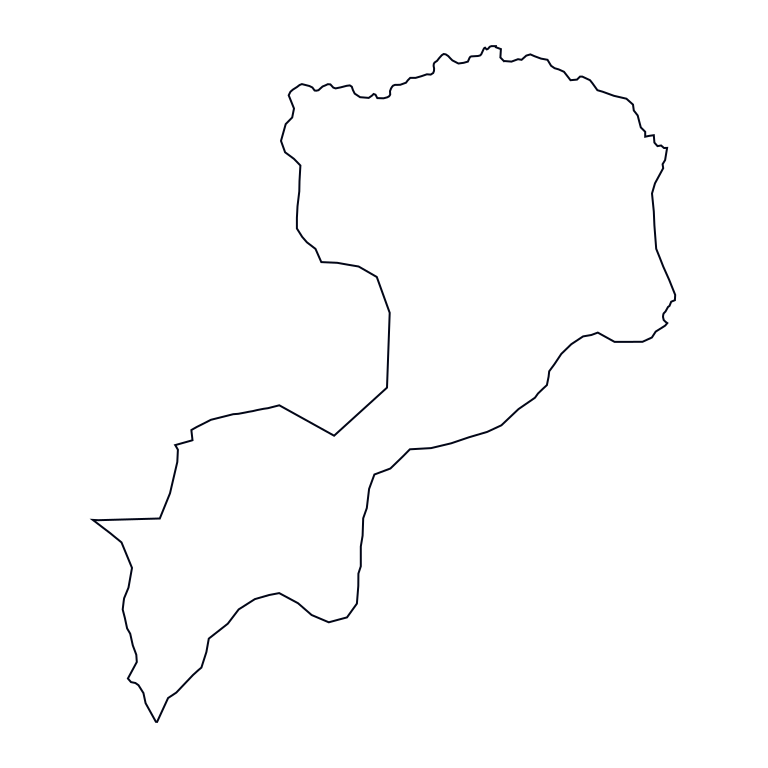 Magama, Niger, Nigeria
{"feature_id": "59680162B40491222708573", "entity_name": "Magama", "entity_type": "district", "adm_level": 2, "iso_a3": "NGA", "parent_name": "Nigeria", "parent_adm1": "Niger", "projection": "orthographic", "projection_center": [4.963, 10.29], "detail": "fine", "context": "isolated", "style": "outline", "palette": "ink", "viewbox_px": 768, "rotation_deg": 0, "n_neighbors": 0, "source": "geoboundaries", "source_scale": "gbopen_adm2", "svg_char_len": 3542}
<svg xmlns="http://www.w3.org/2000/svg" viewBox="0 0 768 768"><path d="M92.8,519.9L94.0,520.8L103.4,528.0L110.5,533.4L114.0,536.3L121.5,542.4L132.0,567.9L128.5,587.6L124.1,598.3L123.7,601.1L122.7,609.5L124.9,618.1L127.1,628.4L130.2,633.7L132.8,645.4L135.1,651.5L136.3,654.8L136.8,662.0L133.2,668.7L127.9,678.5L131.0,682.1L135.4,683.0L138.5,685.2L143.2,692.7L143.4,692.9L145.6,703.2L155.9,721.8L157.1,721.9L168.1,698.0L176.3,692.6L193.0,675.0L198.4,670.1L201.4,667.6L206.4,652.0L208.8,638.6L227.8,623.7L238.7,609.4L254.9,599.1L269.2,595.0L279.2,593.1L298.0,603.2L311.6,615.0L328.8,622.3L339.1,619.5L347.0,617.4L356.9,603.6L358.3,586.0L358.4,574.1L358.4,573.6L360.8,566.3L360.8,546.5L362.6,535.7L363.2,518.3L366.8,508.1L369.1,488.9L374.4,474.5L390.4,468.5L402.8,456.5L409.9,449.3L431.1,448.1L451.2,443.3L468.9,437.3L487.2,431.9L501.4,425.3L518.5,409.1L535.0,397.7L538.0,393.5L543.1,388.6L546.9,385.1L548.6,376.7L549.2,371.3L554.5,364.1L561.3,353.9L571.3,344.2L583.1,336.4L591.3,335.0L597.8,332.6L614.6,341.9L642.5,341.8L651.9,337.5L655.7,331.6L665.2,325.6L667.3,323.1L665.5,321.8L663.7,320.0L663.0,316.9L663.2,315.0L663.6,313.5L665.5,311.5L668.0,307.0L669.5,305.9L671.2,301.7L674.9,300.2L675.2,294.9L669.2,279.9L663.3,266.7L659.7,257.5L656.2,248.8L654.4,225.4L653.8,211.5L652.0,193.5L655.0,183.3L663.2,168.2L662.6,164.2L665.1,160.1L667.1,147.9L664.0,148.0L661.1,145.5L657.5,146.1L654.4,142.6L653.8,135.2L649.0,135.9L645.2,136.7L645.2,131.8L640.8,127.4L639.0,120.6L637.7,115.5L633.8,110.5L633.0,104.6L626.4,98.7L613.9,95.8L602.6,91.7L597.4,90.2L592.4,83.2L590.0,80.2L582.3,76.6L580.0,76.6L577.0,79.6L570.5,80.2L568.2,77.2L564.0,71.8L558.7,69.4L554.6,68.2L551.1,65.8L547.5,59.8L541.0,58.6L534.5,56.2L530.4,54.4L526.3,55.6L521.6,59.8L518.0,59.2L511.5,61.6L504.0,61.0L503.9,61.1L500.4,57.5L500.9,49.1L495.8,47.2L495.9,46.1L495.6,46.1L491.5,46.1L489.7,46.8L488.4,48.4L488.0,48.8L486.8,49.4L486.2,48.9L485.9,48.7L485.1,47.7L484.5,47.9L483.9,48.6L483.6,49.2L483.4,49.6L481.2,54.4L481.1,54.5L480.0,55.5L477.9,56.0L471.3,56.4L470.3,56.8L469.4,58.1L469.2,58.6L467.9,61.6L463.7,62.8L458.5,63.5L457.6,63.1L455.9,62.2L452.4,60.4L450.3,58.3L448.3,56.1L445.8,54.4L443.7,54.0L441.8,55.2L439.1,58.2L437.1,60.8L434.5,62.6L434.1,63.4L433.8,63.9L433.6,65.9L434.1,68.4L434.0,70.9L433.2,73.0L430.7,74.6L426.9,74.3L421.4,76.2L415.5,77.9L410.2,77.9L407.8,80.3L406.0,82.7L400.2,84.8L394.9,84.9L393.0,85.7L392.0,86.9L390.9,88.7L390.9,88.9L390.0,91.1L390.2,94.6L389.8,95.3L389.1,96.3L387.3,97.3L383.6,98.3L377.3,98.1L375.5,94.7L373.6,94.0L372.0,95.6L368.7,97.9L364.0,97.5L360.1,97.2L354.7,93.6L352.9,90.0L351.8,86.7L349.8,85.4L346.7,85.8L340.9,87.3L335.6,88.4L333.3,87.6L330.4,84.4L327.8,84.2L325.5,85.3L322.6,86.5L320.0,88.8L318.5,90.2L316.3,90.7L314.6,90.5L312.4,87.5L309.4,86.0L301.9,84.1L299.6,85.0L297.0,87.0L292.9,89.6L290.5,91.7L290.1,92.4L288.7,95.3L294.0,108.5L292.2,117.5L291.9,117.8L291.0,118.7L285.7,124.1L285.6,124.5L281.0,140.9L285.1,152.3L294.0,158.9L300.4,165.5L299.5,181.2L299.3,191.3L297.5,206.3L297.2,212.3L296.9,217.7L296.9,228.5L302.2,236.9L306.9,242.3L315.5,248.9L321.3,262.1L337.2,262.8L347.9,264.7L358.6,266.5L376.8,277.0L389.7,312.8L387.0,387.6L386.6,388.0L334.1,435.7L279.3,405.3L267.9,408.2L263.6,408.8L257.0,410.1L252.8,411.1L248.7,411.8L245.3,412.5L238.4,413.8L233.2,414.2L226.9,415.8L218.5,417.9L210.9,419.8L201.9,424.4L196.7,427.0L191.4,430.0L191.4,430.5L192.5,440.2L192.0,440.4L175.2,445.1L175.6,445.7L177.9,449.7L177.3,462.0L170.0,493.3L159.8,518.5L159.7,518.5L98.3,520.2L92.8,519.9Z" fill="none" stroke="#020617" stroke-width="2"/></svg>